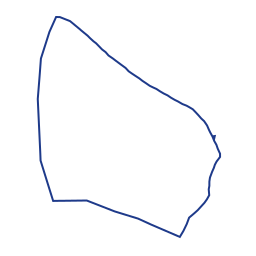 the district of Independence City, Castries, Saint Lucia, rotated 7°
{"feature_id": "8701671B64940786723478", "entity_name": "Independence City", "entity_type": "district", "adm_level": 2, "iso_a3": "LCA", "parent_name": "Saint Lucia", "parent_adm1": "Castries", "projection": "natural_earth1", "projection_center": [-60.978, 14.002], "detail": "fine", "context": "isolated", "style": "outline", "palette": "blue", "viewbox_px": 256, "rotation_deg": 7, "n_neighbors": 0, "source": "geoboundaries", "source_scale": "gbopen_adm2", "svg_char_len": 1214}
<svg xmlns="http://www.w3.org/2000/svg" viewBox="0 0 256 256"><g transform="rotate(7 128 128)"><path d="M212.8,126.0L210.3,122.6L208.6,120.0L206.2,115.9L202.7,111.9L199.5,109.6L196.4,106.8L193.2,104.1L190.0,101.5L186.1,99.8L183.4,98.7L179.1,97.6L174.2,95.5L171.0,94.4L167.0,92.7L163.3,90.8L159.2,89.4L155.1,87.6L151.5,85.8L148.3,84.8L144.5,83.5L140.3,81.3L136.5,79.4L133.2,77.4L128.7,75.2L125.1,73.4L121.7,71.6L118.3,68.7L113.1,65.8L107.3,62.5L104.6,60.9L99.8,58.4L96.5,55.4L92.7,53.2L86.0,47.8L83.1,46.1L79.3,43.4L76.8,41.4L71.3,37.9L69.4,36.7L68.3,35.9L57.5,29.0L46.8,26.2L43.1,26.6L40.3,35.7L38.3,42.2L36.3,52.8L33.1,69.7L33.9,86.5L34.9,110.2L43.8,162.4L44.1,164.2L45.2,171.0L56.2,195.4L62.6,209.5L66.8,208.9L71.4,208.3L95.9,205.0L124.9,212.4L134.4,214.1L149.0,216.7L162.6,221.0L164.7,221.6L192.7,229.8L195.5,223.5L196.6,220.3L198.0,216.2L199.6,209.5L202.3,206.6L204.5,204.2L207.2,201.1L210.1,197.0L213.0,192.9L215.0,189.2L216.8,184.8L215.6,179.0L215.8,175.5L215.3,171.3L215.4,167.2L216.8,161.3L218.1,157.0L218.7,153.9L220.0,150.5L222.9,145.5L222.5,142.3L219.6,137.6L217.8,133.9L215.2,130.4L212.8,126.0ZM212.8,126.0L214.8,128.4L215.1,125.4L212.8,126.0Z" fill="none" stroke="#1e3a8a" stroke-width="2"/></g></svg>